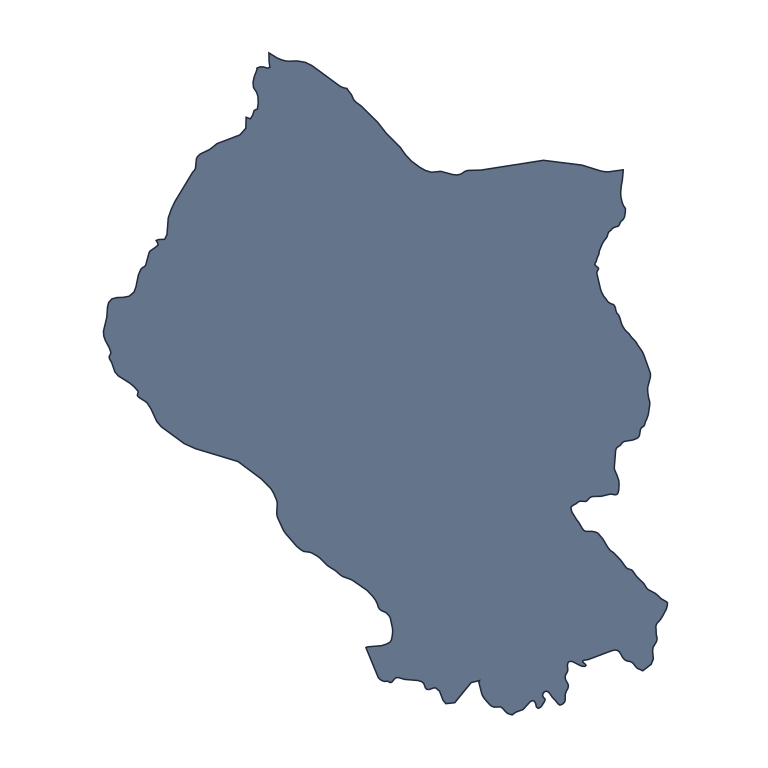 the border of Plateaux, rotated 269°
{"feature_id": "COG-3346", "entity_name": "Plateaux", "entity_type": "Region", "adm_level": 1, "iso_a3": "COG", "parent_name": "Republic of the Congo", "parent_adm1": "", "projection": "mercator", "projection_center": [15.163, -2.009], "detail": "fine", "context": "isolated", "style": "filled", "palette": "slate", "viewbox_px": 768, "rotation_deg": 269, "n_neighbors": 0, "source": "natural_earth", "source_scale": "10m", "svg_char_len": 5864}
<svg xmlns="http://www.w3.org/2000/svg" viewBox="0 0 768 768"><g transform="rotate(269 384 384)"><path d="M717.1,274.7L711.9,282.7L710.0,287.0L708.7,291.3L708.4,294.3L708.5,303.1L707.0,310.9L703.6,317.5L682.9,344.7L682.3,345.5L680.9,348.7L680.1,352.2L678.5,353.0L673.9,356.5L669.9,358.2L668.6,358.8L666.2,361.0L662.3,366.1L645.8,382.2L634.8,390.5L620.2,404.5L612.8,409.5L606.4,415.3L600.0,423.6L596.8,429.1L594.9,435.0L595.3,441.0L595.6,443.0L595.6,444.7L592.2,456.4L591.7,460.7L592.6,464.7L595.0,468.3L595.6,469.6L596.1,472.1L596.2,484.7L604.9,547.3L599.4,585.8L593.2,604.5L592.5,608.1L592.2,611.9L594.0,627.0L593.9,627.0L583.7,625.9L577.8,624.7L571.2,624.0L568.9,624.0L566.0,624.3L561.2,625.4L558.7,626.3L557.1,627.2L556.2,627.9L555.4,628.3L554.8,628.5L551.5,628.3L547.3,627.5L545.2,626.6L543.8,625.5L543.1,624.4L542.2,623.6L541.0,622.9L539.7,622.4L538.6,621.8L537.7,620.9L536.5,616.7L535.8,615.6L535.0,614.6L534.0,613.8L532.4,611.8L531.4,611.0L530.2,610.5L528.7,610.1L527.4,609.6L526.3,609.0L523.3,606.5L520.2,604.6L513.1,601.6L510.0,601.1L506.7,599.5L502.5,598.2L501.2,597.3L500.0,596.8L498.4,597.9L496.5,600.2L495.5,600.6L492.9,599.2L491.2,598.7L474.4,602.3L472.0,603.2L468.0,605.2L465.1,607.5L462.8,608.9L461.8,610.0L461.1,610.9L459.9,613.4L459.5,614.8L458.3,615.8L456.5,616.6L453.2,617.2L451.7,617.7L450.7,618.1L449.3,619.5L448.6,619.9L446.4,620.9L440.7,622.4L438.1,623.4L434.5,625.5L432.8,626.9L430.1,629.7L429.1,630.5L428.0,631.1L426.0,632.7L422.2,636.2L420.2,637.5L418.6,638.3L412.2,642.7L408.9,644.2L390.2,650.5L388.2,650.6L385.9,650.4L376.4,647.7L374.2,647.5L371.3,647.6L366.2,648.2L361.4,649.4L358.8,649.4L348.7,647.7L343.6,645.8L342.6,645.2L341.7,644.7L338.4,643.8L337.5,643.2L337.1,642.7L336.8,642.3L336.5,641.7L336.0,640.9L335.0,640.1L333.5,639.5L329.4,638.8L327.8,638.4L326.7,637.7L325.8,636.8L325.1,635.7L323.6,631.7L322.5,623.9L322.0,622.6L321.3,621.5L318.4,619.0L317.1,616.8L316.3,615.7L315.3,615.0L312.9,614.4L296.3,612.8L294.4,613.0L288.6,615.4L283.3,617.1L278.7,617.3L273.5,616.8L271.0,616.1L269.5,614.9L269.2,613.6L269.3,612.1L269.9,609.7L269.9,608.9L269.8,607.7L267.9,599.1L267.9,592.4L267.8,590.8L267.5,589.3L266.9,588.1L266.1,587.1L264.2,585.4L263.4,584.5L263.0,583.3L263.4,578.9L263.2,577.5L262.7,576.2L261.1,574.2L259.3,570.7L258.5,569.7L257.6,568.8L255.5,568.9L252.5,569.8L244.7,574.4L242.3,576.3L236.0,579.8L234.3,581.2L233.3,582.6L233.1,584.1L233.1,588.8L233.0,589.8L232.2,593.2L231.5,594.7L231.1,595.2L230.8,595.6L230.5,595.9L227.9,597.9L225.8,599.8L216.7,605.0L213.4,607.6L213.0,608.3L211.4,610.5L203.9,617.5L196.8,622.5L195.8,623.4L195.3,624.1L195.0,624.8L193.8,628.3L193.2,629.0L192.6,629.5L188.3,632.4L186.3,634.0L180.0,640.3L175.4,643.0L174.7,643.7L173.9,644.5L170.0,651.5L168.4,653.5L164.4,657.5L161.4,662.6L160.4,663.6L157.9,663.5L154.0,662.4L146.8,658.4L143.7,656.3L141.7,654.6L140.9,653.6L139.9,652.8L138.6,652.1L137.1,651.6L128.3,651.9L125.4,652.6L123.7,652.5L121.6,651.9L116.1,648.5L112.5,647.9L104.4,648.5L99.1,646.3L92.7,637.7L94.0,635.1L94.4,634.1L95.3,632.3L97.0,630.7L100.1,628.4L101.0,627.5L101.7,626.4L102.2,625.1L102.8,622.2L103.6,620.5L104.9,619.0L106.6,617.7L110.3,615.8L112.1,614.5L113.6,612.7L114.0,610.2L113.2,606.7L104.9,583.4L104.3,579.3L103.7,577.9L102.6,577.8L100.4,580.3L99.1,581.1L98.1,579.9L98.3,577.4L99.1,575.1L102.5,568.9L103.4,566.8L103.3,564.7L102.3,563.1L99.0,562.4L96.5,562.8L94.0,562.7L91.9,561.7L89.5,560.3L87.3,560.0L85.2,560.4L80.7,562.8L78.5,563.1L76.2,562.5L73.6,560.9L71.4,560.1L69.3,559.7L65.1,559.7L63.1,559.2L61.5,557.8L60.4,556.1L59.9,554.2L61.0,552.6L64.4,550.0L67.8,546.8L71.5,544.4L73.2,542.9L74.0,541.0L73.5,539.0L70.9,537.2L68.9,537.4L67.4,538.4L66.4,539.5L64.8,539.4L63.0,538.5L59.0,535.8L57.6,534.1L57.0,532.4L58.5,530.7L62.0,530.0L63.3,529.4L64.1,528.7L64.8,527.5L64.6,526.3L63.6,524.4L56.1,517.4L53.6,510.2L50.9,506.3L52.5,501.7L54.7,499.4L57.2,497.4L59.1,495.1L59.0,488.3L60.2,485.6L62.3,483.4L67.3,479.2L69.6,477.6L72.2,476.4L84.7,473.5L85.8,474.2L83.9,465.9L64.1,449.2L63.3,440.3L66.8,437.5L75.8,434.2L79.2,430.4L79.3,428.5L77.7,423.9L78.0,421.3L79.4,420.1L83.9,418.5L85.6,416.7L86.9,413.0L88.3,399.2L90.0,394.1L90.3,391.5L89.0,389.3L86.9,387.7L85.6,386.4L85.4,384.7L86.8,382.3L86.6,379.3L87.3,377.0L88.6,375.0L90.4,373.2L120.8,361.3L121.5,363.0L122.4,377.0L124.0,382.1L125.8,385.5L127.9,386.9L131.8,387.8L136.0,388.3L138.2,388.3L140.2,388.1L150.0,386.2L151.9,385.2L153.6,383.8L154.7,382.7L155.5,381.7L157.5,377.4L158.9,375.7L160.9,374.4L163.7,373.7L168.1,371.7L172.0,368.9L177.9,363.5L188.1,349.3L189.2,347.3L192.1,339.6L193.4,337.6L198.5,331.8L201.6,326.9L203.8,323.9L211.1,316.9L213.0,314.5L216.4,308.7L217.1,306.8L218.0,300.7L220.1,297.5L223.5,293.6L236.2,283.0L239.6,280.8L252.4,275.2L254.6,274.7L256.8,274.5L266.9,275.2L270.1,274.5L277.2,271.5L281.3,269.1L291.1,259.8L309.0,236.7L322.6,194.4L327.9,183.2L345.0,160.7L350.4,156.2L363.3,150.5L369.2,146.8L371.1,144.5L374.2,139.6L376.3,137.4L377.3,137.2L380.0,138.0L381.3,137.8L385.6,134.1L389.3,129.8L396.7,118.5L400.9,115.1L410.1,112.1L413.5,110.2L415.4,109.6L416.5,109.8L419.2,111.3L420.6,111.4L424.8,110.0L432.5,106.1L436.6,104.7L441.6,104.4L455.6,108.0L465.9,108.9L470.3,110.1L473.8,113.3L475.1,118.5L475.2,124.7L476.2,130.7L480.3,135.6L485.2,137.6L497.2,140.3L502.7,142.7L504.5,144.4L505.4,146.2L506.7,147.7L518.8,151.2L520.8,152.1L524.5,157.6L526.6,160.3L528.6,160.3L531.5,158.7L532.4,161.2L532.5,167.2L537.2,169.6L553.9,171.2L562.3,174.3L570.4,178.3L599.3,196.5L600.8,198.1L602.7,199.2L612.7,200.4L614.4,201.4L616.5,203.4L617.6,205.2L621.6,213.9L627.3,221.3L635.6,244.3L642.1,250.3L653.1,250.8L651.5,255.0L655.1,257.4L659.5,258.8L660.5,260.2L661.1,262.2L666.8,263.1L673.6,263.0L677.9,261.7L682.6,258.7L687.9,258.3L693.2,259.5L700.9,262.6L701.8,262.3L702.1,262.6L703.3,265.5L703.1,269.1L701.8,273.0L702.6,275.4L708.6,274.7L716.9,274.7L717.1,274.7Z" fill="#64748b" stroke="#1e293b" stroke-width="1.5"/></g></svg>